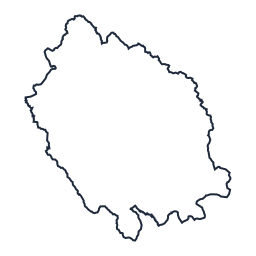 Muong Te, Lai Chau, Vietnam
{"feature_id": "81297802B94651516294700", "entity_name": "Muong Te", "entity_type": "district", "adm_level": 2, "iso_a3": "VNM", "parent_name": "Vietnam", "parent_adm1": "Lai Chau", "projection": "natural_earth1", "projection_center": [102.647, 22.474], "detail": "fine", "context": "isolated", "style": "outline", "palette": "slate", "viewbox_px": 256, "rotation_deg": 0, "n_neighbors": 0, "source": "geoboundaries", "source_scale": "gbopen_adm2", "svg_char_len": 5726}
<svg xmlns="http://www.w3.org/2000/svg" viewBox="0 0 256 256"><path d="M158.7,225.8L159.9,224.9L162.2,224.6L164.6,223.3L167.6,219.6L168.1,217.6L168.0,215.9L168.4,215.1L169.3,214.5L169.5,213.9L171.3,213.3L171.4,212.6L172.0,212.9L172.9,211.8L174.6,211.3L176.6,211.5L177.9,212.5L177.9,214.7L178.5,216.9L179.1,218.3L182.0,222.7L183.0,221.8L187.5,219.7L188.4,218.3L188.5,216.6L189.0,216.2L190.7,216.2L192.0,216.7L194.5,219.9L195.5,218.9L197.0,218.5L199.9,219.1L203.7,218.0L204.4,217.7L204.8,216.9L204.9,215.1L204.1,213.2L203.8,211.6L202.7,209.7L202.2,207.6L196.4,203.9L196.7,201.8L197.2,201.2L200.0,199.3L202.7,198.8L205.5,196.3L206.0,195.4L207.3,195.4L210.4,194.3L216.6,194.4L219.3,195.3L220.8,196.5L226.9,197.2L229.0,194.2L230.1,189.7L227.4,188.1L226.5,183.9L227.4,182.2L228.2,182.2L228.7,181.7L230.4,178.8L230.4,177.8L228.9,175.2L229.6,172.7L225.6,169.3L220.1,167.9L219.5,166.9L218.1,166.9L214.9,169.4L213.4,164.6L213.4,162.4L211.7,160.8L210.7,158.9L209.5,157.8L208.5,151.7L207.9,150.5L208.1,148.1L207.6,145.8L208.1,144.5L209.2,143.1L210.3,139.7L209.0,136.1L208.1,135.4L208.8,134.2L208.8,131.9L209.4,130.6L211.0,129.9L212.2,129.9L213.3,128.4L212.4,125.4L212.7,124.1L211.2,122.0L211.2,120.3L210.7,119.6L210.7,117.9L211.0,117.2L210.4,115.6L208.9,115.4L206.9,114.5L206.6,113.5L206.9,111.7L206.1,110.2L206.7,109.3L204.7,108.4L203.9,108.4L203.5,107.3L202.1,106.6L200.5,105.0L200.8,104.1L202.7,102.3L202.7,101.9L202.1,101.2L201.5,101.1L201.9,100.8L201.6,100.0L201.0,100.2L200.8,99.7L200.3,99.5L199.8,99.8L199.0,98.6L197.0,96.8L197.0,96.2L198.0,95.4L198.4,93.3L194.9,90.6L195.2,90.1L195.3,88.1L196.2,87.8L197.1,86.2L196.1,83.4L195.2,82.8L194.5,83.0L194.0,82.7L193.8,81.9L192.0,80.1L192.5,78.7L190.1,77.7L188.3,78.0L186.6,77.6L185.8,76.5L186.1,75.1L185.8,74.7L183.1,73.1L182.5,73.2L180.7,71.9L179.4,72.0L178.1,73.7L175.8,72.6L173.2,73.3L170.8,72.1L169.3,72.1L168.5,70.0L167.6,68.8L168.3,67.4L168.8,67.0L168.7,66.6L169.2,65.7L168.3,65.0L165.8,64.6L165.0,64.1L162.0,64.2L160.8,62.9L159.7,60.9L158.7,60.2L159.1,58.7L157.6,56.4L157.2,56.8L154.3,56.6L153.3,57.4L152.4,56.9L151.9,56.1L150.6,55.2L150.4,53.6L149.8,52.3L149.0,52.3L147.9,53.0L147.1,52.2L145.2,51.8L145.1,47.9L144.5,47.0L143.3,46.5L143.0,45.7L141.9,45.9L138.6,43.5L138.2,43.5L138.0,44.4L136.8,45.2L133.1,45.8L132.1,46.6L129.9,47.5L128.6,48.6L128.2,47.3L127.2,45.7L126.0,44.8L124.9,44.7L123.2,42.6L120.8,40.9L117.8,36.9L116.3,36.2L116.1,35.3L115.1,33.9L114.1,33.9L113.4,32.7L111.7,32.7L111.1,33.1L109.7,34.9L107.4,36.7L107.1,38.4L107.0,40.4L107.3,40.8L106.8,42.3L105.1,42.8L102.8,42.9L101.9,43.6L101.6,42.2L101.9,40.9L100.9,39.6L100.9,37.8L100.6,37.6L100.5,36.4L98.8,33.8L97.1,33.5L97.1,32.8L96.3,32.3L96.3,31.6L95.6,30.6L95.8,30.0L95.4,29.8L95.8,29.3L95.4,28.8L95.9,27.8L94.2,27.5L91.3,24.1L91.3,23.5L89.5,22.0L88.4,22.0L87.2,20.5L86.2,20.1L85.5,19.0L84.9,18.8L84.9,18.1L83.3,16.3L82.0,16.7L80.9,15.6L80.2,15.8L79.7,15.4L77.8,15.8L77.4,16.2L75.1,16.1L74.6,16.9L74.8,18.4L74.4,19.0L73.8,19.5L73.5,19.1L71.9,19.0L68.3,20.7L67.4,22.5L67.5,23.4L66.0,24.3L65.7,26.3L66.1,26.9L66.2,27.9L65.3,29.2L66.0,30.4L67.0,31.2L67.4,33.1L66.5,33.3L64.9,34.9L64.5,34.8L63.5,35.6L62.4,38.0L62.9,38.8L62.8,39.3L61.9,40.3L61.3,41.9L61.4,42.9L60.9,44.6L58.6,46.4L57.3,48.0L55.8,47.9L54.5,48.7L53.8,50.2L52.3,50.8L47.9,48.3L45.4,50.4L44.6,51.7L46.1,57.0L47.0,58.7L48.9,60.6L50.8,66.5L52.0,66.8L52.3,66.3L53.9,65.9L55.0,66.4L55.7,67.8L55.7,68.3L55.0,68.9L52.8,68.9L51.0,69.7L49.5,72.0L47.0,74.6L45.6,78.5L41.1,84.2L38.3,84.8L36.4,84.4L35.3,85.6L33.8,85.5L33.3,88.1L34.1,89.3L34.4,90.5L36.0,92.0L36.1,94.0L30.8,96.6L25.7,97.4L25.9,98.2L25.6,98.4L26.1,99.3L25.6,100.1L26.2,100.4L25.8,100.8L26.4,101.2L26.0,102.3L26.9,102.4L27.5,103.7L28.1,104.2L28.0,104.9L28.6,106.0L29.6,105.9L29.6,106.6L31.2,108.2L32.3,107.9L31.7,109.3L30.8,110.2L31.2,110.5L31.0,110.9L31.2,111.9L31.9,112.6L32.6,114.3L32.5,115.4L33.3,115.5L32.9,116.3L34.1,116.4L33.6,117.4L33.6,118.5L34.0,118.9L33.7,120.1L34.0,121.1L33.7,121.8L37.0,122.0L37.5,122.5L37.4,124.1L38.2,127.6L39.7,127.6L40.8,128.8L42.8,128.9L43.9,129.8L45.4,129.8L46.1,131.7L47.6,132.9L47.1,140.5L49.0,143.1L48.8,145.0L49.4,148.4L48.7,148.4L47.3,147.4L47.2,148.6L47.6,149.5L46.7,150.6L45.9,151.0L46.4,152.4L47.0,152.8L47.3,154.0L48.1,154.9L49.3,154.6L49.9,154.9L51.2,156.5L51.7,158.1L52.6,159.4L55.1,159.5L56.8,161.0L57.3,162.2L57.3,163.9L58.0,166.1L59.8,166.9L60.9,167.9L62.5,167.7L63.8,169.2L65.0,169.9L65.9,171.4L66.1,172.5L67.4,173.7L67.4,176.9L69.5,178.4L71.3,181.2L72.6,182.0L72.9,184.8L75.1,187.2L76.0,189.3L77.0,189.9L77.9,191.2L77.6,192.7L77.8,193.5L78.9,194.7L79.4,194.2L79.7,194.4L81.1,196.1L83.2,199.7L83.7,200.8L83.6,202.0L84.5,203.7L84.9,206.2L86.6,207.5L88.2,209.4L91.1,211.6L91.9,211.6L92.4,212.4L94.3,213.1L97.6,212.3L98.8,210.1L99.0,208.6L100.4,206.4L105.1,206.3L106.2,207.8L107.1,208.3L107.6,209.3L109.5,210.6L109.8,211.6L111.7,212.7L113.0,214.4L114.3,214.0L116.1,215.4L117.5,215.9L117.8,218.5L116.5,220.3L116.9,222.2L116.5,223.2L117.1,223.9L117.3,225.2L116.8,227.2L117.2,229.2L118.6,229.7L120.4,233.0L122.2,233.0L122.7,233.4L122.9,235.5L123.7,237.1L125.5,238.0L128.5,237.5L129.7,237.7L131.9,239.0L132.9,240.1L135.0,240.6L136.5,238.5L137.0,236.4L138.2,235.0L138.7,231.3L141.0,229.0L141.6,225.1L140.3,220.8L138.3,217.5L138.4,215.2L136.7,213.6L135.9,212.2L133.3,211.4L132.5,210.0L130.6,209.1L130.7,208.6L132.4,207.9L135.2,205.7L136.5,207.2L136.6,207.8L138.8,209.9L140.2,210.7L139.8,211.4L140.9,211.9L141.5,211.4L142.9,211.9L143.1,212.6L144.2,212.9L145.5,214.5L146.9,213.4L147.2,214.3L147.9,213.9L149.0,214.7L151.4,214.6L151.3,215.8L151.9,215.6L152.0,216.6L152.8,216.2L153.3,216.5L153.2,217.3L154.5,218.1L154.8,219.9L155.6,220.1L155.8,221.3L157.2,222.1L157.4,222.9L157.9,223.3L157.8,224.8L158.7,225.8Z" fill="none" stroke="#1e293b" stroke-width="2"/></svg>